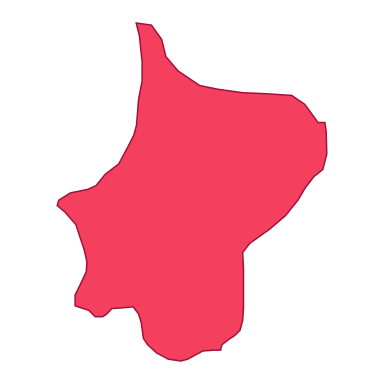 map outline of Bosilovo (Equal Earth projection)
{"feature_id": "MKD-2997", "entity_name": "Bosilovo", "entity_type": "Statistical Region", "adm_level": 1, "iso_a3": "MKD", "parent_name": "North Macedonia", "parent_adm1": "", "projection": "equal_earth", "projection_center": [22.756, 41.481], "detail": "fine", "context": "isolated", "style": "filled", "palette": "rose", "viewbox_px": 384, "rotation_deg": 0, "n_neighbors": 0, "source": "natural_earth", "source_scale": "10m", "svg_char_len": 1047}
<svg xmlns="http://www.w3.org/2000/svg" viewBox="0 0 384 384"><path d="M324.9,122.5L326.2,131.5L326.8,154.1L322.8,169.5L313.8,176.7L305.5,187.5L297.9,200.2L285.6,215.5L269.7,229.1L262.1,234.5L249.6,243.5L242.7,252.5L243.5,268.8L243.5,286.0L243.5,307.7L242.7,320.4L240.0,330.3L234.5,335.7L228.9,339.3L222.0,344.7L220.7,349.2L220.7,350.1L214.5,350.1L202.8,351.0L195.9,354.7L187.7,359.2L180.8,361.0L168.3,359.2L156.6,352.9L147.6,344.7L143.4,338.4L141.3,323.0L138.6,314.0L133.1,306.8L124.1,307.7L111.8,308.6L106.8,314.0L102.7,316.7L95.1,316.7L88.9,310.4L80.7,307.7L75.1,305.8L75.1,295.0L80.0,285.1L86.3,271.6L86.9,261.6L84.2,249.8L79.4,235.4L75.9,224.6L64.8,211.9L58.2,206.4L57.2,205.6L58.7,200.2L70.4,192.9L79.4,191.1L87.6,189.4L95.9,185.7L105.5,174.0L118.7,164.0L128.3,146.0L133.8,135.2L136.5,125.2L138.6,99.0L142.1,81.0L142.1,62.0L139.4,35.8L136.2,23.0L151.4,25.1L161.7,39.5L165.9,56.6L178.2,71.1L199.7,85.5L216.9,89.1L242.4,92.7L263.8,93.6L291.7,95.4L304.8,104.4L318.0,122.5L324.9,122.5Z" fill="#f43f5e" stroke="#9f1239" stroke-width="1.5"/></svg>